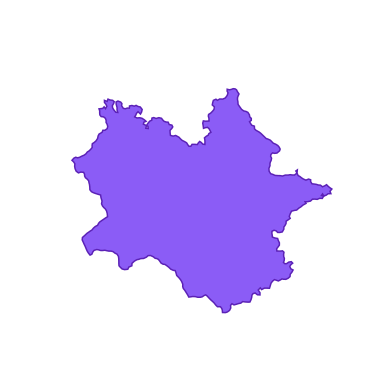 outline of Andrelândia, Minas Gerais, Brazil, rotated 58°
{"feature_id": "56859067B65211314111739", "entity_name": "Andrelândia", "entity_type": "district", "adm_level": 2, "iso_a3": "BRA", "parent_name": "Brazil", "parent_adm1": "Minas Gerais", "projection": "orthographic", "projection_center": [-44.286, -21.735], "detail": "fine", "context": "isolated", "style": "filled", "palette": "violet", "viewbox_px": 384, "rotation_deg": 58, "n_neighbors": 0, "source": "geoboundaries", "source_scale": "gbopen_adm2", "svg_char_len": 5994}
<svg xmlns="http://www.w3.org/2000/svg" viewBox="0 0 384 384"><g transform="rotate(58 192 192)"><path d="M265.1,82.3L265.8,80.0L265.6,77.5L267.0,75.1L264.5,74.6L263.6,71.8L261.2,72.9L259.0,73.6L257.1,74.0L257.1,76.3L256.7,78.6L254.3,79.4L252.9,81.3L251.6,82.3L250.3,83.8L248.6,85.9L246.1,85.9L244.5,84.9L242.8,86.3L242.3,89.1L240.0,90.7L237.8,91.7L236.0,92.3L234.3,93.3L231.6,92.9L231.9,96.1L230.6,98.1L229.4,99.5L228.6,101.5L227.1,103.9L226.4,106.8L224.9,108.5L223.5,110.6L221.9,112.8L219.9,114.1L218.2,115.6L215.3,115.6L212.8,114.3L211.0,111.9L209.4,111.0L208.2,109.8L207.2,108.2L205.5,106.6L203.4,106.4L202.0,105.2L201.5,103.0L202.9,101.6L204.0,99.3L203.5,95.9L202.3,94.5L200.2,94.3L198.0,94.6L195.8,95.7L193.7,97.2L189.6,98.1L187.3,99.6L185.9,100.8L183.8,101.3L180.5,102.1L178.6,102.6L176.7,103.3L174.9,104.3L173.4,105.1L171.5,105.5L169.2,104.2L167.0,106.0L164.9,106.0L162.9,106.0L162.7,103.8L161.0,102.7L158.8,103.2L157.0,102.4L154.1,102.4L152.3,103.5L150.6,105.2L148.1,106.2L146.1,106.3L144.3,106.4L142.1,106.5L139.7,105.2L137.8,104.5L136.1,103.4L134.9,101.9L133.8,100.2L131.2,100.3L128.9,100.1L127.4,100.8L126.2,102.3L125.8,104.4L125.1,106.2L123.5,107.7L125.1,108.8L127.0,108.9L128.7,110.9L129.9,113.9L129.5,116.7L127.8,119.2L127.7,121.9L126.0,122.5L125.6,125.3L127.0,126.9L128.9,128.7L131.6,127.9L133.6,129.5L134.4,131.8L135.0,134.4L135.0,136.8L136.2,137.9L138.7,138.7L140.8,140.0L139.2,142.9L137.7,144.7L139.3,146.4L141.7,147.4L144.1,148.5L144.5,146.7L145.4,144.6L147.3,144.0L149.1,144.1L151.4,144.3L151.4,146.7L152.4,148.2L152.3,150.3L152.7,152.8L154.4,153.4L156.3,154.4L158.5,155.9L157.1,157.5L154.9,157.9L153.2,158.7L153.7,160.6L154.6,162.3L152.9,164.6L151.6,166.7L152.6,168.8L151.5,170.4L149.7,170.5L147.4,170.5L145.3,171.6L143.0,173.0L140.9,173.6L138.7,174.0L136.9,175.0L135.4,175.9L134.6,178.4L132.6,180.3L130.2,179.2L128.1,178.0L127.4,175.4L126.6,173.8L124.6,173.6L122.7,175.6L120.2,175.2L118.9,176.9L117.3,178.2L115.5,178.6L113.3,178.8L111.4,180.7L110.6,183.5L108.6,185.0L108.1,186.8L109.8,188.1L109.5,190.2L110.2,192.5L111.5,195.4L108.7,197.3L107.3,195.8L107.7,193.5L105.4,194.2L103.0,195.3L101.3,197.0L100.1,199.4L97.9,200.8L97.0,198.9L95.9,197.4L95.3,195.2L98.6,194.4L97.5,192.4L95.6,190.5L92.5,190.8L90.8,192.5L88.9,193.5L88.6,195.5L86.8,197.1L85.9,199.4L87.7,200.7L86.5,202.5L86.1,204.4L84.7,205.9L81.6,206.0L79.9,204.6L78.0,204.8L75.6,206.6L75.4,208.7L77.4,209.8L80.7,210.8L82.7,212.1L85.2,212.8L84.0,214.4L80.7,214.8L78.5,214.7L76.6,213.8L75.4,211.5L74.2,210.1L72.2,210.7L70.5,212.8L68.7,214.0L70.2,216.0L67.9,217.7L69.7,218.8L72.0,218.5L74.2,218.8L75.5,221.2L73.2,221.4L73.8,223.4L72.2,226.8L74.3,227.3L76.0,228.4L77.8,229.3L79.9,229.1L81.4,227.2L83.7,226.4L85.8,226.9L87.5,228.0L89.6,228.1L91.7,228.7L93.3,230.3L93.5,233.1L92.4,234.9L93.6,236.3L93.7,238.1L93.6,240.1L94.7,241.9L96.6,243.7L97.8,246.4L98.2,248.9L98.2,250.9L99.5,252.0L101.4,253.1L102.1,255.3L102.6,257.4L102.6,259.6L103.4,261.6L103.6,263.9L103.2,266.3L103.0,268.9L102.4,270.9L100.9,272.2L100.7,274.2L101.5,277.0L103.9,276.4L106.0,276.4L108.0,277.9L110.3,278.8L113.0,279.2L115.6,278.2L116.2,275.7L117.9,273.5L119.9,273.7L121.6,274.6L123.4,274.8L125.4,274.1L127.7,273.7L129.5,274.4L131.4,275.0L133.5,276.0L136.0,277.4L138.5,277.1L140.2,276.1L142.0,274.7L144.1,272.9L146.1,271.1L148.6,272.2L152.0,273.1L154.1,275.0L156.5,275.3L158.6,275.0L160.2,274.5L162.6,274.5L165.1,275.2L168.2,276.7L168.2,279.2L168.3,281.5L168.4,284.0L168.5,286.0L169.0,287.7L170.2,289.7L170.0,292.3L170.4,294.7L171.2,297.0L171.2,298.9L171.3,300.8L171.4,303.0L172.0,305.9L172.5,309.0L174.4,310.5L176.9,310.8L178.9,311.1L181.6,311.4L184.5,311.9L186.7,312.2L189.0,312.2L191.5,311.9L191.7,309.9L190.3,307.9L189.6,306.0L190.3,303.3L191.6,301.8L193.1,300.6L194.3,298.7L195.2,296.8L196.7,295.3L198.0,293.9L199.3,291.9L200.8,290.5L202.9,289.8L205.0,288.5L207.6,288.5L209.6,289.4L211.9,290.7L214.0,292.0L215.9,293.0L217.7,292.7L220.2,292.1L222.1,290.3L223.5,287.4L222.2,285.4L222.7,282.1L220.7,280.7L220.1,277.4L220.2,274.6L220.9,272.8L221.3,270.8L222.7,268.3L223.1,265.2L222.7,262.9L223.9,260.8L226.5,259.1L228.7,258.4L229.8,257.1L231.4,256.2L233.4,256.0L235.9,255.9L237.9,254.8L239.1,253.3L241.0,252.5L243.4,251.6L246.2,250.9L248.5,249.4L249.7,247.9L251.7,248.3L254.7,249.2L257.8,248.5L260.4,248.2L262.3,248.2L265.3,248.7L267.3,250.0L269.2,250.5L271.6,250.2L274.6,250.2L277.0,250.2L279.4,250.4L280.2,248.7L281.0,246.8L282.5,244.6L284.4,242.8L285.7,240.7L286.3,238.9L286.2,236.7L286.5,234.9L288.1,234.3L290.8,233.8L293.2,233.3L294.9,232.8L297.4,232.1L300.8,231.7L302.8,231.2L304.3,228.7L306.3,228.5L308.0,228.8L310.4,230.0L312.1,227.3L312.5,225.5L312.3,222.9L310.9,220.6L308.6,219.4L307.9,217.3L310.0,216.2L310.6,214.2L311.3,211.6L312.1,209.5L311.8,207.1L313.3,205.3L315.1,202.8L316.0,201.2L314.6,199.0L313.0,197.2L311.3,195.9L310.5,194.1L311.1,192.0L313.8,191.0L315.3,188.9L313.4,187.7L310.2,187.8L309.5,184.9L311.6,184.7L311.9,181.5L313.3,179.3L314.7,177.3L312.8,175.1L311.2,173.3L310.3,170.9L310.0,168.5L311.7,167.1L313.2,165.9L313.4,163.6L313.4,161.8L314.6,160.5L315.8,158.6L316.1,156.3L315.7,153.7L313.8,152.3L313.0,149.9L311.7,147.6L309.5,148.9L306.9,148.5L306.0,146.6L305.7,144.3L303.7,144.7L302.7,147.2L302.9,149.6L302.1,151.2L300.3,151.8L298.8,150.0L297.2,148.8L295.5,148.5L293.5,147.4L291.8,145.9L289.9,146.4L288.8,148.6L287.0,151.3L285.0,150.3L284.3,148.4L283.4,146.1L281.4,144.8L278.7,144.5L276.8,144.0L274.8,146.2L272.8,147.7L271.0,146.8L269.3,146.1L267.7,145.0L267.9,142.7L269.6,141.2L271.7,140.8L272.8,139.1L273.7,136.6L272.2,133.8L270.4,132.7L269.7,130.9L268.6,129.0L266.6,127.6L266.6,125.4L266.4,122.7L264.3,122.5L262.7,120.5L261.0,117.8L261.8,115.1L262.8,112.8L262.3,110.0L262.3,107.5L261.9,104.8L262.1,101.3L260.2,101.2L261.4,99.3L262.5,96.3L261.9,93.7L263.2,91.5L264.6,89.7L265.0,87.1L266.5,84.9L265.1,82.3ZM111.5,195.4L112.9,194.5L115.0,195.5L113.5,197.4L111.5,195.4ZM265.1,82.3L263.6,84.1L262.8,82.3L265.1,82.3ZM231.6,92.9L229.1,91.0L229.2,92.8L231.6,92.9Z" fill="#8b5cf6" stroke="#5b21b6" stroke-width="1.5"/></g></svg>